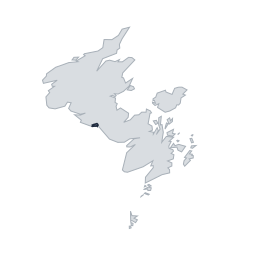 United Kingdom, with Redcar and Cleveland highlighted, rotated 160°
{"feature_id": "GBR-2032", "entity_name": "Redcar and Cleveland", "entity_type": "Unitary Authority", "adm_level": 1, "iso_a3": "GBR", "parent_name": "United Kingdom", "parent_adm1": "", "projection": "natural_earth1", "projection_center": [-1.077, 54.567], "detail": "fine", "context": "in_parent", "style": "filled", "palette": "slate", "viewbox_px": 256, "rotation_deg": 160, "n_neighbors": 0, "source": "natural_earth", "source_scale": "10m", "svg_char_len": 4043}
<svg xmlns="http://www.w3.org/2000/svg" viewBox="0 0 256 256"><g transform="rotate(160 128 128)"><path d="M138.0,192.1L125.9,198.5L122.1,198.0L117.5,194.8L112.7,195.2L114.7,193.6L110.6,192.1L103.3,194.2L100.2,192.8L98.3,189.6L114.1,181.6L116.5,177.7L115.1,176.6L114.9,171.1L106.7,173.0L112.6,167.0L119.7,164.0L125.8,163.3L129.0,164.9L128.0,162.5L129.5,161.9L131.5,164.1L133.8,164.0L129.5,160.4L131.4,156.5L129.8,154.5L131.8,152.4L132.3,148.5L128.2,149.4L122.4,141.7L124.2,138.0L130.1,134.8L123.0,134.9L117.4,137.8L113.3,136.7L109.7,138.2L105.6,136.7L104.2,139.5L101.2,136.5L100.7,134.2L102.3,134.2L107.7,125.1L104.8,121.6L105.8,117.6L109.1,117.4L105.6,115.4L106.3,113.6L100.5,118.3L100.4,115.2L103.6,112.2L98.2,116.0L98.1,120.4L95.6,127.1L92.7,127.6L96.5,119.8L94.9,119.6L96.3,111.9L101.2,103.0L94.8,107.0L88.3,103.7L93.9,101.4L92.1,100.5L95.9,97.0L96.3,94.8L93.2,92.2L93.2,90.7L96.2,89.3L94.0,87.2L96.0,83.5L102.1,83.5L98.7,80.2L99.8,77.3L104.2,76.9L103.2,74.7L104.2,71.6L112.0,72.5L130.6,70.4L128.4,75.8L117.8,82.1L117.2,84.0L119.6,84.6L115.8,88.7L127.1,86.4L143.6,86.6L146.4,88.1L147.6,90.5L137.7,105.2L126.7,110.0L132.5,109.4L135.6,110.7L135.3,111.9L125.9,115.8L120.0,114.7L130.1,117.2L136.3,115.9L142.5,118.0L149.2,123.9L155.0,139.2L162.7,142.8L170.8,149.6L169.2,151.3L173.7,158.7L168.3,156.4L162.9,156.6L168.0,157.2L175.9,163.5L177.1,166.7L172.8,171.2L176.0,173.0L179.9,170.1L189.9,170.9L195.3,173.9L196.5,177.1L194.5,185.3L189.5,188.0L190.1,190.3L182.8,192.3L184.9,193.1L184.8,195.2L178.2,197.1L192.2,198.9L192.0,202.2L187.1,204.6L185.9,206.8L175.2,209.8L161.2,209.7L152.3,207.4L153.5,208.7L143.6,210.5L144.6,212.2L143.5,212.7L129.9,210.6L124.2,212.1L120.2,219.3L112.9,216.5L105.3,218.3L99.7,222.9L92.1,222.2L103.0,213.9L107.5,209.5L108.4,205.9L111.6,205.0L113.2,202.1L128.1,201.8L138.0,192.1ZM88.6,150.8L79.9,150.7L80.0,148.8L75.1,144.5L70.6,149.3L66.7,149.1L63.3,147.9L59.5,143.6L64.9,141.1L62.8,139.3L67.9,138.1L70.4,133.5L72.6,132.3L74.2,133.1L76.4,130.7L82.9,129.7L87.7,130.1L93.2,137.2L90.8,140.3L94.9,139.9L96.4,142.8L96.2,143.9L93.7,141.9L93.8,144.9L95.2,145.1L94.4,146.9L91.4,147.5L88.6,150.8ZM88.3,75.1L86.5,78.1L83.3,79.8L85.0,81.0L77.7,85.7L76.0,84.6L79.2,82.7L76.5,81.3L77.5,80.5L76.1,79.7L77.0,77.5L81.1,78.1L80.4,76.2L87.8,72.7L88.3,75.1ZM88.6,90.0L88.6,93.3L94.9,94.9L90.5,98.0L89.9,95.3L86.0,95.3L80.2,91.1L85.8,87.2L88.6,90.0ZM153.3,36.5L156.0,39.8L157.4,39.3L154.1,49.0L154.3,44.3L149.3,42.1L153.2,41.2L150.6,38.5L153.3,36.5ZM93.0,110.3L85.7,111.2L88.1,107.7L85.7,106.3L88.7,105.0L93.3,107.7L93.0,110.3ZM112.1,162.1L115.7,164.1L111.2,167.1L108.7,164.9L108.5,162.6L112.1,162.1ZM88.0,117.6L88.4,122.4L85.4,123.3L85.6,120.2L82.9,121.7L84.1,118.9L88.0,117.6ZM130.7,62.4L130.4,64.0L134.5,64.9L129.1,65.5L126.6,63.8L128.1,61.6L130.7,62.4ZM101.8,126.0L98.7,125.5L98.3,122.2L100.8,121.8L101.8,126.0ZM157.3,211.1L154.6,212.9L150.2,211.5L153.8,209.6L157.3,211.1ZM90.1,119.6L88.8,118.2L93.6,114.3L92.6,116.2L90.1,119.6ZM74.3,86.9L75.8,87.9L74.5,89.5L70.1,88.3L74.3,86.9ZM73.4,96.8L71.6,96.5L71.4,92.2L73.3,92.3L73.4,96.8ZM157.6,38.2L155.9,36.6L156.9,34.6L158.2,35.2L157.6,38.2ZM135.0,60.9L133.9,61.3L130.7,58.5L131.8,58.1L135.0,60.9ZM129.1,67.7L127.6,67.9L126.1,65.7L127.7,65.7L129.1,67.7ZM161.1,33.1L160.4,35.3L159.1,35.0L159.2,33.1L161.1,33.1ZM139.0,59.4L135.9,60.1L139.3,59.0L139.0,59.4ZM86.5,99.4L85.5,99.6L84.4,98.5L85.9,97.9L86.5,99.4ZM132.7,67.1L131.7,68.3L130.9,67.2L132.7,67.1ZM82.9,105.3L81.0,105.9L83.5,104.7L82.9,105.3ZM71.0,99.4L69.8,99.7L69.3,99.3L70.5,98.5L71.0,99.4Z" fill="#d9dde1" stroke="#a8b0b8" stroke-width="1"/><path d="M155.5,140.7L155.8,140.6L155.9,140.8L156.1,140.8L156.1,140.7L156.3,140.2L156.5,140.5L157.0,140.7L157.6,140.7L158.3,141.1L161.1,141.7L161.2,141.8L161.1,142.0L160.7,142.1L160.5,142.3L160.4,142.5L160.4,143.0L159.8,142.9L159.1,143.1L158.8,142.9L158.5,142.8L157.8,143.0L157.1,142.7L156.6,142.9L155.7,142.8L155.6,142.6L155.4,142.4L155.3,142.1L155.2,141.9L155.1,141.6L155.2,141.1L155.2,140.9L155.3,140.9L155.5,140.7L155.5,140.7Z" fill="#64748b" stroke="#1e293b" stroke-width="1.5"/></g></svg>